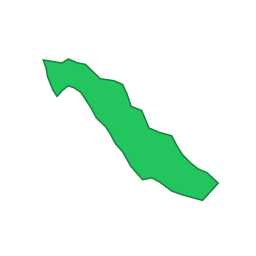 Platanistasa, Nicosia, Cyprus (Equal Earth projection), rotated 293°
{"feature_id": "46923920B38913041590387", "entity_name": "Platanistasa", "entity_type": "district", "adm_level": 2, "iso_a3": "CYP", "parent_name": "Cyprus", "parent_adm1": "Nicosia", "projection": "equal_earth", "projection_center": [33.065, 34.986], "detail": "fine", "context": "isolated", "style": "filled", "palette": "green", "viewbox_px": 256, "rotation_deg": 293, "n_neighbors": 0, "source": "geoboundaries", "source_scale": "gbopen_adm2", "svg_char_len": 683}
<svg xmlns="http://www.w3.org/2000/svg" viewBox="0 0 256 256"><g transform="rotate(293 128 128)"><path d="M168.2,46.1L162.0,41.8L159.2,30.2L157.5,23.4L150.8,29.5L144.0,33.8L139.0,38.7L133.4,44.3L129.4,50.4L136.7,52.8L143.5,56.5L144.0,62.6L142.4,70.6L138.4,76.7L132.2,85.9L124.9,95.1L120.4,106.8L116.5,112.9L108.6,122.7L103.7,132.9L94.0,145.3L86.1,161.6L91.4,169.3L90.5,178.9L87.0,193.3L87.9,205.7L90.5,224.9L112.5,232.6L117.7,218.2L117.7,208.6L120.4,199.0L124.8,188.5L130.9,179.8L137.9,171.2L136.2,158.8L136.2,147.3L149.4,133.8L149.3,122.3L159.0,113.7L166.0,106.0L166.0,96.5L162.5,83.1L169.9,63.9L168.2,55.9L168.2,46.1Z" fill="#22c55e" stroke="#15803d" stroke-width="1.5"/></g></svg>